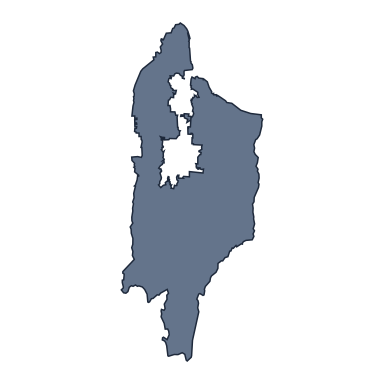 the district of Deli Serdang, Sumatera Utara, Indonesia
{"feature_id": "22746128B17104196518473", "entity_name": "Deli Serdang", "entity_type": "district", "adm_level": 2, "iso_a3": "IDN", "parent_name": "Indonesia", "parent_adm1": "Sumatera Utara", "projection": "equal_earth", "projection_center": [98.729, 3.48], "detail": "fine", "context": "isolated", "style": "filled", "palette": "slate", "viewbox_px": 384, "rotation_deg": 0, "n_neighbors": 0, "source": "geoboundaries", "source_scale": "gbopen_adm2", "svg_char_len": 6002}
<svg xmlns="http://www.w3.org/2000/svg" viewBox="0 0 384 384"><path d="M192.9,68.1L192.3,64.7L190.9,62.9L191.1,61.9L190.5,61.0L189.6,48.1L189.1,47.6L189.2,41.8L188.7,41.3L189.3,40.2L187.5,32.4L190.1,39.3L189.6,37.0L187.9,31.3L186.6,28.7L184.0,25.5L180.3,23.0L178.9,24.3L175.6,24.7L174.1,27.9L172.7,28.5L171.1,32.8L166.3,33.2L163.4,39.8L162.5,39.9L161.9,38.8L161.1,39.1L160.9,40.8L162.6,44.0L160.3,47.0L161.2,50.5L161.0,52.5L159.4,53.6L157.4,52.1L155.8,52.5L155.8,56.8L153.2,57.1L153.9,59.8L142.8,68.8L140.8,71.3L135.1,85.0L133.4,90.9L134.3,93.8L134.1,96.2L133.5,96.6L133.9,98.5L133.5,100.6L134.0,102.2L133.0,106.0L131.9,116.1L134.7,116.0L134.8,118.3L136.9,118.1L136.9,119.4L134.7,119.5L134.8,122.8L136.5,122.9L136.7,123.6L136.7,124.2L134.8,124.1L134.9,126.6L136.7,126.6L136.4,128.3L134.9,128.3L134.6,131.5L136.2,132.2L136.2,133.0L139.0,133.1L139.0,136.5L141.1,136.5L141.2,139.6L141.9,140.2L142.1,142.0L141.0,147.4L141.8,147.4L142.2,155.5L141.3,157.4L137.7,156.6L131.7,157.1L132.0,160.5L134.6,163.3L134.2,164.9L134.8,166.6L133.8,167.2L135.0,168.5L134.6,171.8L138.7,175.3L138.6,176.1L137.6,175.8L137.1,179.9L135.4,185.1L134.4,186.0L135.4,186.4L133.7,193.5L134.1,197.8L132.7,202.0L133.5,203.8L132.6,208.2L132.8,211.1L131.8,217.1L131.9,220.7L132.8,223.1L130.2,227.0L131.1,229.2L131.3,233.3L132.9,238.4L132.8,244.3L131.7,247.7L132.9,251.5L132.4,255.5L134.3,259.4L122.9,271.5L122.8,273.1L124.2,274.2L123.7,279.8L122.3,280.2L122.3,282.6L123.4,287.0L123.2,288.0L121.3,289.9L123.6,292.8L125.9,293.2L127.9,291.6L129.3,287.2L131.4,285.7L133.1,286.3L135.5,285.0L137.4,286.3L138.9,285.9L142.4,287.0L144.7,289.5L147.1,294.2L147.8,302.0L148.7,302.4L149.7,301.7L151.4,298.7L153.1,298.4L157.2,294.8L159.0,295.1L160.6,293.1L167.2,289.4L168.5,293.3L166.8,295.2L167.0,299.4L164.3,304.1L165.1,308.6L164.0,310.3L161.5,309.4L161.1,311.0L161.7,313.9L161.1,316.8L164.2,323.4L165.2,329.1L167.7,329.0L168.7,331.2L169.2,334.7L167.1,339.6L163.5,337.2L162.6,337.7L162.3,339.9L164.6,341.0L165.7,342.6L166.7,345.8L167.9,355.8L168.7,356.2L174.2,354.5L178.0,354.6L182.2,352.7L184.8,354.3L186.2,360.1L187.2,361.0L191.2,357.3L191.6,355.7L192.5,340.3L198.8,311.8L197.7,307.9L198.5,303.3L198.0,300.7L196.8,299.2L198.7,294.1L199.9,293.5L203.0,295.4L204.0,294.9L204.7,290.8L204.4,289.2L205.4,286.4L209.9,281.3L210.5,277.8L211.5,275.9L216.0,272.3L217.9,268.4L218.0,263.4L221.4,260.8L222.7,260.9L225.0,257.6L227.9,256.7L229.7,251.2L230.9,251.0L232.2,248.0L233.3,248.3L236.0,245.5L236.7,246.8L241.2,243.9L242.4,244.1L242.5,242.9L243.5,241.6L245.9,240.4L252.2,239.8L253.9,236.4L253.1,233.9L254.5,230.8L253.2,228.8L254.6,223.9L253.6,218.9L253.8,216.9L252.9,212.2L253.1,208.1L252.5,204.1L254.0,201.8L254.2,197.4L258.5,187.5L259.0,184.1L258.1,182.7L259.1,178.1L258.9,174.1L257.4,171.2L258.0,169.2L256.0,166.2L257.4,162.7L258.2,157.5L255.2,154.4L253.9,151.7L254.6,148.1L253.8,144.7L255.7,139.6L257.1,138.8L259.6,135.0L261.8,126.1L261.8,121.8L262.7,119.2L261.3,117.8L261.3,114.8L250.7,113.5L240.8,110.3L231.8,103.3L226.7,102.5L225.6,100.8L220.5,97.3L217.7,95.5L217.1,95.9L216.7,94.6L216.7,96.3L216.2,94.7L213.8,94.8L213.6,93.5L213.0,93.9L211.5,93.0L211.7,91.7L209.1,87.2L207.3,81.8L203.9,79.1L203.3,79.6L203.0,78.6L198.8,78.1L197.1,76.4L195.4,77.1L195.0,78.7L192.0,77.0L191.1,79.2L190.5,85.2L191.4,85.8L190.9,87.0L191.5,87.9L191.3,89.3L192.8,89.0L197.8,92.3L197.7,94.5L199.0,97.3L197.2,97.5L195.9,95.4L195.0,96.1L194.4,95.3L194.4,96.9L193.3,97.9L192.8,97.6L192.0,99.9L191.3,99.4L190.9,100.7L191.5,100.9L191.4,102.8L192.2,103.6L191.8,104.3L193.3,108.0L192.5,111.2L193.1,111.5L193.7,113.7L192.8,116.0L190.9,118.3L190.9,116.4L188.4,116.2L188.9,114.0L184.2,113.7L184.2,115.0L181.0,114.9L180.7,116.4L184.2,116.1L184.5,117.9L187.7,119.3L186.9,122.4L190.8,120.0L190.4,126.9L188.4,126.8L188.4,128.1L187.8,127.7L188.0,134.1L191.1,134.3L191.1,133.3L192.2,133.4L192.8,134.2L192.8,137.9L192.1,137.8L191.9,143.7L193.4,143.8L193.4,144.6L202.1,145.1L201.6,147.0L201.8,149.3L198.9,151.0L199.0,151.7L201.1,152.5L200.7,154.6L199.9,154.6L197.8,157.2L197.8,163.9L195.8,163.7L196.3,164.8L196.2,166.9L196.6,167.0L196.6,168.0L197.7,168.1L197.7,169.0L198.4,169.1L198.4,168.0L199.1,168.4L199.3,167.8L200.1,167.9L200.2,168.9L201.5,169.5L203.5,169.1L203.0,173.0L189.4,171.6L189.4,176.8L183.6,176.4L182.6,177.8L183.2,178.3L178.7,178.2L178.7,176.5L177.0,176.3L178.7,176.3L178.9,175.2L177.6,175.2L177.0,176.3L177.3,176.5L176.6,177.2L176.9,179.8L178.1,180.7L177.9,182.2L176.9,183.8L176.8,185.5L174.8,185.7L174.6,184.7L173.7,188.7L171.2,188.2L171.5,187.8L170.9,186.6L171.5,185.1L170.6,185.4L170.1,184.5L170.5,184.3L170.2,183.1L169.5,182.8L170.0,181.7L169.1,180.6L169.4,179.5L168.8,179.3L169.0,177.0L168.2,176.6L167.6,178.2L167.9,181.3L166.7,181.3L165.3,182.7L165.8,184.7L163.3,185.3L160.8,187.6L158.5,184.9L159.8,183.7L159.7,181.8L161.2,179.0L161.4,177.6L160.0,173.0L161.4,171.5L161.0,171.1L161.5,170.6L160.8,168.8L160.0,169.1L158.7,168.2L160.4,165.7L162.4,164.4L162.5,163.1L164.1,162.9L163.9,160.6L162.7,160.8L164.2,159.3L162.9,157.5L163.4,156.2L163.2,153.6L164.0,151.2L163.0,152.0L161.3,149.7L162.1,149.2L162.0,147.6L163.1,147.4L163.0,146.8L161.9,146.7L163.1,146.3L162.2,145.1L162.7,140.6L161.2,139.9L161.4,138.2L160.5,136.7L162.4,137.3L162.3,139.5L163.6,139.5L163.7,137.4L164.5,137.5L164.5,139.9L168.8,139.7L169.6,138.5L176.1,138.7L178.3,135.7L179.5,135.2L179.5,132.1L180.2,130.8L179.2,130.8L178.1,129.4L178.1,127.4L177.6,127.3L177.1,117.4L177.6,115.2L175.8,115.3L174.9,111.9L170.5,111.8L170.6,109.0L170.0,105.5L168.0,105.5L168.4,100.2L169.6,99.7L170.8,97.3L173.6,97.6L173.6,94.9L174.1,94.6L173.6,93.9L174.1,93.7L173.7,93.2L175.5,93.9L176.3,90.4L173.7,90.5L173.2,89.6L172.7,89.9L172.4,88.6L171.3,88.3L170.6,86.9L170.8,85.5L169.7,84.9L169.6,83.4L168.1,81.9L168.8,78.9L169.5,78.2L171.1,78.7L171.4,77.5L170.3,76.9L170.1,75.8L173.7,76.0L174.9,73.8L176.4,73.1L179.2,73.5L180.4,75.3L182.1,76.2L182.5,78.8L182.7,78.2L184.2,78.8L184.3,78.4L182.8,77.8L182.4,76.5L183.7,76.0L184.1,75.0L184.0,71.6L184.5,70.5L192.2,69.6L192.9,68.1Z" fill="#64748b" stroke="#1e293b" stroke-width="1.5"/></svg>